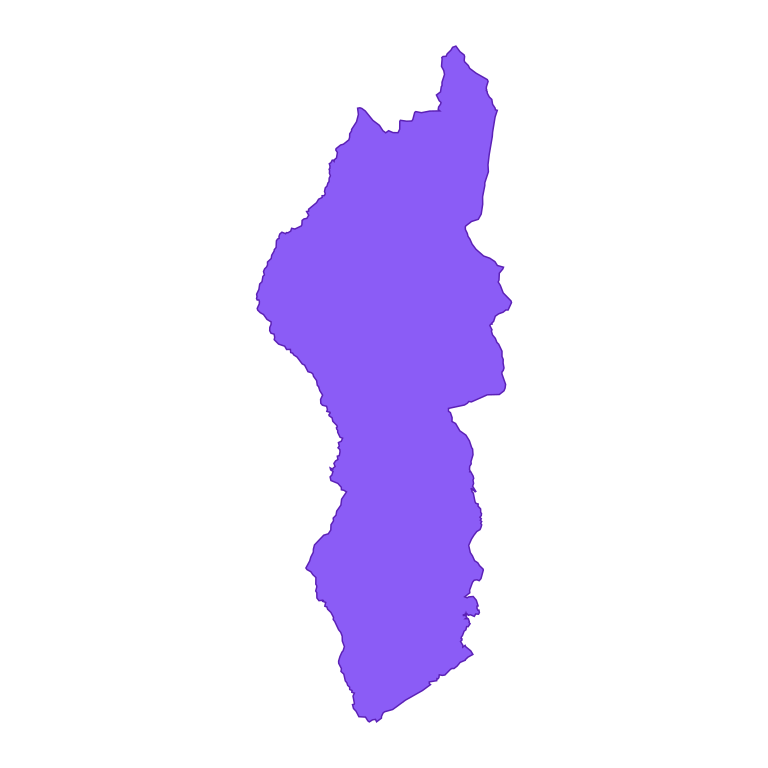 Cerasu, Prahova, Romania (orthographic projection)
{"feature_id": "2599482B945049345114", "entity_name": "Cerasu", "entity_type": "district", "adm_level": 2, "iso_a3": "ROU", "parent_name": "Romania", "parent_adm1": "Prahova", "projection": "orthographic", "projection_center": [26.048, 45.399], "detail": "fine", "context": "isolated", "style": "filled", "palette": "violet", "viewbox_px": 768, "rotation_deg": 0, "n_neighbors": 0, "source": "geoboundaries", "source_scale": "gbopen_adm2", "svg_char_len": 6098}
<svg xmlns="http://www.w3.org/2000/svg" viewBox="0 0 768 768"><path d="M472.9,654.4L470.8,650.9L465.6,646.6L465.1,645.4L462.8,647.1L462.8,645.1L460.5,641.4L461.9,640.2L462.0,638.9L461.1,638.6L461.4,636.9L462.4,635.7L464.1,631.2L465.9,629.8L466.6,626.6L468.1,626.7L470.1,623.7L469.1,622.6L469.3,621.6L468.3,618.8L465.4,618.7L466.9,617.6L465.5,615.4L463.4,615.5L463.4,614.8L465.0,614.8L465.3,613.8L465.9,614.3L466.1,613.3L466.6,614.8L467.1,614.0L468.4,615.3L470.3,614.7L474.3,616.4L475.7,614.0L478.5,614.2L479.4,612.6L478.9,610.1L477.9,610.2L477.0,608.4L477.0,606.1L478.1,605.9L476.3,600.2L473.2,596.5L468.7,596.9L467.1,597.8L464.7,596.8L469.8,592.8L469.6,590.2L472.5,582.3L474.2,580.2L477.0,579.8L479.2,580.7L481.0,578.6L483.3,570.1L483.1,569.1L479.5,565.6L477.8,562.8L474.6,560.7L472.4,555.8L470.3,552.6L468.7,545.4L471.5,539.1L473.8,535.4L476.8,531.5L480.0,529.6L480.9,527.6L481.7,524.8L480.7,523.3L481.7,521.5L480.3,520.2L481.3,518.8L479.9,517.2L481.3,515.6L481.5,513.4L480.7,512.5L480.6,508.9L478.0,506.1L478.2,504.0L475.9,503.3L475.0,501.7L473.3,493.1L472.0,491.7L472.0,490.5L471.1,488.9L471.8,488.5L475.1,491.8L475.8,491.4L472.6,486.2L473.6,483.5L473.0,480.0L473.7,478.4L473.1,476.0L470.7,471.7L469.7,471.7L470.0,470.4L469.5,469.6L469.7,466.3L471.2,463.9L471.0,461.5L473.0,454.8L472.6,449.0L471.7,447.7L469.4,440.8L465.9,435.1L459.8,430.8L455.6,423.5L452.0,421.5L452.1,417.6L450.4,412.6L448.5,411.3L448.5,408.4L464.5,405.0L467.4,403.2L468.8,401.5L471.4,401.9L487.3,394.8L499.3,394.5L504.0,390.8L505.1,388.1L505.6,384.4L501.9,373.8L502.0,372.0L503.2,370.5L504.0,368.0L503.1,363.0L503.2,359.4L502.0,356.5L502.0,351.2L498.7,344.2L496.9,342.4L495.3,338.3L492.5,334.9L491.4,331.0L492.0,329.8L489.8,325.5L490.6,324.3L492.1,324.0L491.8,323.1L493.6,321.4L495.3,316.2L498.7,313.8L503.1,312.2L505.8,310.0L508.1,310.0L511.5,302.6L511.0,300.9L503.2,292.9L500.3,285.4L498.2,282.0L499.0,280.1L499.3,273.2L502.8,269.0L503.5,267.2L497.4,265.5L495.0,261.7L489.8,258.2L483.6,256.0L476.0,249.3L472.1,244.1L469.9,239.1L468.0,236.3L467.3,233.4L465.4,229.5L465.3,226.9L465.8,225.9L471.5,221.5L478.3,219.3L481.2,214.1L482.7,204.3L482.6,196.8L484.8,185.6L484.8,182.8L488.4,171.8L488.0,164.8L489.2,154.6L492.3,136.5L492.6,132.2L495.1,117.0L497.3,110.3L495.4,109.8L495.1,108.1L492.6,104.3L491.8,99.4L489.3,97.0L487.3,93.2L487.1,91.3L486.3,90.6L486.7,89.8L486.3,88.9L486.4,86.9L488.1,81.4L487.3,79.6L476.1,73.2L469.7,68.4L468.3,65.5L464.6,61.8L464.2,60.3L464.6,56.5L464.1,54.9L460.0,51.7L455.9,46.1L452.6,47.3L450.9,50.2L447.2,53.8L446.1,56.3L443.0,56.5L441.8,57.6L442.1,58.9L441.5,66.4L443.8,70.7L444.5,74.5L442.0,82.2L442.0,85.7L441.3,86.6L440.5,91.9L436.4,95.0L439.2,100.7L441.0,102.4L440.7,103.9L438.6,107.0L438.2,109.5L439.8,110.9L429.7,111.1L421.4,112.7L415.8,111.6L414.7,112.4L412.8,119.6L411.7,121.0L406.7,121.2L400.4,120.3L399.8,121.3L399.7,129.2L398.0,132.7L393.0,132.6L388.6,130.7L385.7,132.8L382.9,130.7L379.4,125.3L372.9,120.4L365.3,111.0L361.8,108.4L359.9,107.8L357.6,108.2L358.4,114.5L356.5,121.8L351.6,129.4L351.5,131.0L349.7,133.8L349.6,137.3L348.9,139.8L343.4,144.2L340.6,145.0L336.1,148.6L335.8,150.0L337.4,152.5L336.5,157.9L334.4,159.7L334.1,161.3L333.1,160.1L332.2,160.2L330.9,162.7L329.3,163.7L330.0,166.0L329.8,168.6L329.1,169.2L329.6,170.7L329.4,173.2L330.4,175.8L329.2,178.1L329.0,181.7L327.9,183.0L327.0,186.1L325.3,187.8L324.5,191.5L325.2,193.4L324.9,194.7L324.2,195.6L322.1,195.7L322.1,197.5L318.6,199.2L316.5,202.7L308.6,209.2L308.6,211.2L306.6,211.5L308.7,215.2L306.8,218.4L304.0,218.9L302.1,220.4L301.9,224.8L301.2,226.0L294.9,229.0L291.6,228.3L290.7,231.1L287.9,232.8L286.4,232.6L285.6,233.7L281.9,232.2L279.8,234.0L279.0,236.4L279.1,238.4L277.6,239.0L276.4,240.8L276.1,247.5L274.3,249.6L274.1,251.1L271.7,255.2L271.2,258.5L267.5,262.0L267.5,265.0L266.5,267.0L264.6,268.9L263.5,271.5L264.4,274.9L262.9,276.4L262.0,281.7L259.7,284.0L258.9,289.4L256.6,294.2L257.0,296.7L256.5,298.5L257.2,300.0L258.8,299.9L259.4,301.4L259.3,303.8L257.2,308.4L257.7,310.1L260.3,312.7L263.5,314.5L267.0,319.4L271.1,321.9L271.1,324.3L269.8,327.4L269.7,330.7L271.0,333.2L274.1,334.2L274.7,337.3L274.2,339.7L278.6,344.1L284.7,346.2L286.6,349.5L290.4,349.4L290.7,352.5L292.7,353.2L293.7,354.9L297.0,357.0L302.2,363.9L304.6,365.1L308.0,371.7L311.4,372.7L313.0,374.2L313.5,376.3L316.6,380.6L317.3,385.3L318.6,386.7L319.8,390.6L322.6,395.1L320.6,399.4L320.8,403.3L322.4,405.2L326.6,406.3L327.4,409.4L326.8,411.4L330.0,412.3L330.2,413.0L328.9,414.8L329.1,415.7L332.1,417.9L332.8,421.3L336.9,425.5L337.3,426.9L336.4,427.7L336.7,429.0L337.7,430.3L337.7,432.3L340.1,437.3L342.6,438.2L341.3,441.2L338.4,442.6L339.3,446.0L338.0,447.8L339.8,449.5L340.0,451.8L339.3,455.6L337.3,456.2L337.9,459.5L335.6,460.9L333.9,463.4L335.1,466.6L333.2,468.0L332.8,469.3L330.2,467.9L330.7,469.9L333.0,471.5L331.9,475.0L330.1,476.9L330.9,480.5L337.9,483.4L341.3,487.3L341.4,489.8L343.9,490.3L346.5,491.9L341.6,499.2L340.9,505.1L336.7,511.1L336.0,515.2L333.2,518.1L333.5,520.9L331.0,524.7L330.8,530.0L328.3,533.8L323.7,535.2L314.5,544.9L313.4,549.1L313.3,552.2L310.8,557.1L309.7,561.0L305.9,568.0L307.0,569.6L310.8,571.7L312.9,574.7L315.9,577.5L315.8,584.2L316.6,585.4L316.8,586.9L315.7,591.0L316.8,592.7L316.9,598.0L319.0,600.7L322.8,600.2L323.4,600.6L322.8,601.4L325.7,602.4L324.8,606.2L326.9,607.0L327.6,609.2L330.9,612.4L333.5,617.3L333.2,619.5L334.7,621.4L338.6,629.7L340.7,632.3L342.2,636.2L342.3,641.0L344.4,646.6L343.1,650.8L341.9,652.2L339.9,656.7L338.6,661.1L338.7,663.3L341.4,668.6L341.0,671.5L343.8,674.1L345.3,680.9L346.8,682.7L347.7,685.4L349.6,687.1L349.7,689.5L352.0,690.5L351.8,692.3L354.4,693.1L353.0,696.1L354.4,703.4L354.0,704.3L352.5,704.6L353.5,708.5L356.1,711.3L358.9,716.7L365.5,717.1L367.9,720.9L369.3,721.9L372.6,719.8L375.5,719.4L376.6,721.8L381.4,718.2L381.5,716.4L383.0,713.1L384.5,711.8L392.7,709.5L405.5,700.1L422.5,690.5L430.5,684.6L429.3,683.6L429.3,681.9L436.7,680.7L437.0,678.6L437.8,678.9L438.9,677.7L439.3,674.8L442.3,675.4L444.9,675.0L450.3,669.5L451.8,668.5L454.0,668.5L457.1,666.1L460.1,662.4L465.3,660.2L465.4,659.6L467.9,657.2L472.9,654.4Z" fill="#8b5cf6" stroke="#5b21b6" stroke-width="1.5"/></svg>